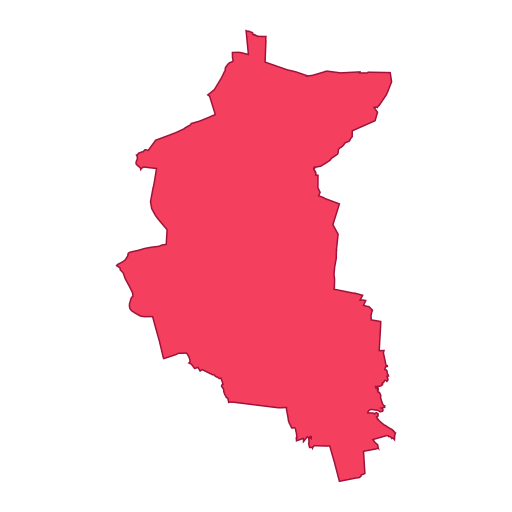 Querétaro, Querétaro, Mexico (Albers equal-area conic projection)
{"feature_id": "50627088B94741817456448", "entity_name": "Querétaro", "entity_type": "district", "adm_level": 2, "iso_a3": "MEX", "parent_name": "Mexico", "parent_adm1": "Querétaro", "projection": "albers", "projection_center": [-100.418, 20.726], "detail": "fine", "context": "isolated", "style": "filled", "palette": "rose", "viewbox_px": 512, "rotation_deg": 0, "n_neighbors": 0, "source": "geoboundaries", "source_scale": "gbopen_adm2", "svg_char_len": 5981}
<svg xmlns="http://www.w3.org/2000/svg" viewBox="0 0 512 512"><path d="M246.1,30.7L248.4,54.5L241.4,52.7L238.6,52.3L232.4,52.5L232.5,57.4L232.9,59.9L233.2,60.6L232.8,61.5L229.5,62.7L227.9,64.2L226.9,65.5L226.0,66.6L225.5,67.5L225.2,69.0L225.2,70.6L224.4,71.7L221.6,77.6L214.4,89.6L207.8,94.9L209.6,96.2L214.6,112.2L215.1,114.7L211.7,116.0L208.3,117.6L199.3,121.2L191.2,123.5L190.7,124.7L185.3,127.7L184.1,128.8L175.2,132.9L155.5,140.3L155.4,140.6L148.2,150.4L145.4,149.7L144.7,149.9L143.2,151.7L142.0,151.9L138.7,153.1L138.4,153.3L137.5,154.8L136.5,155.0L137.1,156.2L137.3,157.2L137.4,158.4L137.1,159.6L136.3,161.3L136.0,162.8L136.2,164.2L138.1,166.0L140.2,167.7L140.8,169.5L141.4,168.4L143.6,167.0L156.5,168.5L155.7,173.8L154.0,184.0L153.6,186.2L153.2,187.2L150.5,201.7L151.7,208.6L155.3,215.2L157.2,217.9L160.8,222.3L167.1,229.7L167.0,231.7L166.2,244.4L162.0,245.0L159.0,246.3L158.2,246.4L150.8,247.3L145.5,248.3L143.1,248.9L142.2,249.2L138.0,250.4L130.8,252.0L129.3,252.6L128.5,253.1L128.1,253.5L127.8,255.8L126.1,258.6L125.2,259.9L124.4,260.6L122.6,261.9L122.0,262.1L120.8,262.9L119.4,263.5L117.4,264.6L116.6,265.6L120.1,268.0L120.2,269.5L120.3,269.9L123.2,272.9L125.1,278.5L129.4,286.4L132.5,292.7L133.0,296.2L131.4,297.6L131.1,298.4L129.5,303.8L129.4,306.3L130.0,308.8L131.4,310.6L135.3,313.2L140.1,315.9L141.0,316.2L144.5,316.7L152.6,316.6L155.3,326.6L159.5,341.5L163.3,357.7L163.8,358.6L175.6,354.7L178.5,353.3L186.3,353.1L186.9,353.5L188.8,356.6L189.9,359.8L190.0,361.8L188.9,363.0L191.4,364.2L194.7,368.5L197.9,367.4L200.1,371.0L202.2,369.6L212.7,374.8L214.5,375.0L215.3,376.3L217.0,377.1L217.6,377.1L218.5,377.8L219.2,378.6L221.0,378.1L221.1,378.7L222.5,382.5L223.0,384.5L222.0,384.8L221.9,385.4L221.5,386.0L221.8,386.6L222.3,387.2L222.6,388.0L223.3,388.3L223.7,390.5L223.8,391.8L225.0,395.0L225.9,396.2L226.2,397.5L227.8,398.2L228.7,402.4L230.7,402.0L231.4,402.2L233.5,402.2L277.7,407.7L280.8,407.8L286.5,407.5L286.5,407.9L286.4,408.6L286.4,408.9L288.1,418.0L288.4,420.6L288.5,420.6L289.3,423.2L289.8,424.0L291.4,427.4L291.8,428.0L292.6,428.1L294.0,427.7L294.7,427.7L295.0,427.9L295.4,428.6L296.0,431.7L296.2,432.1L296.3,432.5L296.8,436.7L296.8,437.9L296.3,437.9L296.5,440.8L303.3,438.4L303.4,438.5L303.5,441.6L307.3,436.7L307.9,437.1L308.7,438.3L310.4,436.3L311.2,436.7L311.3,438.6L309.8,437.6L308.7,438.8L309.1,442.6L308.6,443.2L308.6,443.3L309.4,447.0L309.6,447.3L309.9,447.6L312.2,447.2L312.5,448.2L313.2,446.7L314.4,445.7L325.7,446.0L325.8,446.1L329.7,445.9L334.5,462.6L339.4,481.3L354.6,478.3L357.0,477.8L358.6,477.8L359.5,477.4L360.7,476.5L361.1,475.9L361.1,475.1L364.9,473.5L363.5,451.3L375.7,449.0L378.2,448.2L378.4,448.4L377.6,444.7L374.8,442.3L374.6,441.9L374.1,441.1L372.8,439.6L386.6,435.6L388.5,435.9L388.7,436.6L390.4,436.7L391.7,438.2L391.8,438.5L393.0,438.0L394.5,439.7L394.6,436.8L394.9,434.8L395.1,433.9L395.3,433.6L395.4,433.2L395.0,433.3L394.7,432.5L393.3,430.9L393.5,430.9L392.3,429.7L390.9,428.9L390.8,429.0L385.8,425.8L385.6,425.5L384.6,425.3L381.2,422.5L377.7,419.3L378.0,419.2L376.7,417.3L376.5,416.8L378.0,416.1L378.1,415.8L378.0,415.0L378.2,414.0L376.6,412.7L375.5,413.1L374.5,414.0L373.7,413.1L367.7,412.8L367.7,412.5L368.1,411.7L368.7,410.7L369.7,410.0L371.0,409.5L372.0,409.5L375.2,410.0L376.9,410.1L377.7,410.2L378.9,410.9L379.6,411.6L380.1,411.8L382.4,411.3L382.8,411.0L382.9,410.7L383.0,410.1L382.8,409.4L382.3,408.5L381.3,408.1L384.6,407.4L384.4,406.8L384.6,406.7L384.6,406.2L384.4,406.0L384.8,406.0L384.8,405.9L384.0,405.6L383.2,405.1L382.3,403.1L381.2,399.9L380.6,397.6L380.6,396.4L380.8,396.0L380.6,394.7L379.6,392.8L379.3,392.3L378.6,392.4L378.4,392.1L378.0,392.1L377.8,391.6L377.7,391.3L378.0,391.3L377.5,389.7L378.1,389.7L377.9,389.3L378.3,389.2L378.2,388.7L378.0,388.8L377.9,388.0L376.0,388.2L375.5,386.5L376.2,386.6L376.5,386.5L377.4,386.6L377.6,386.5L377.8,386.7L378.2,386.6L378.4,386.3L379.1,386.4L380.0,386.0L381.0,385.9L381.3,385.7L381.8,385.3L381.9,384.8L382.5,384.6L382.2,384.1L382.4,383.5L382.3,383.2L382.8,382.8L383.1,382.9L383.5,382.6L383.8,382.1L383.9,381.7L384.4,381.1L384.4,380.7L384.8,380.4L385.3,380.3L386.2,380.5L386.9,381.4L388.0,379.9L387.3,376.5L387.0,376.5L386.9,376.3L388.5,376.0L388.3,375.1L387.5,374.0L387.2,373.2L387.1,371.1L386.8,370.5L386.3,370.0L385.9,369.8L384.8,369.6L385.0,368.4L385.2,368.0L385.4,367.5L385.6,367.0L387.4,366.4L387.3,365.7L387.0,365.8L386.2,366.0L383.9,355.2L383.7,354.4L383.4,352.9L384.0,350.5L379.2,350.7L380.7,324.3L380.7,321.5L371.3,319.9L371.0,316.6L371.1,315.4L371.7,312.3L372.5,310.2L368.9,306.6L366.8,306.3L363.6,305.3L365.7,300.5L362.4,300.0L360.1,300.2L362.6,295.3L354.7,293.1L354.6,293.4L334.0,289.2L334.0,288.4L334.4,287.3L334.6,279.1L334.0,274.6L334.7,266.8L336.3,258.1L336.3,252.4L336.6,249.9L336.4,249.9L338.1,234.2L332.9,224.7L339.4,203.9L324.9,198.5L323.6,197.6L318.6,195.8L320.1,192.4L317.9,187.7L318.0,175.3L315.7,175.0L315.9,174.1L315.8,173.0L315.7,173.1L314.9,171.4L314.8,171.0L315.0,170.9L314.9,170.7L314.4,170.2L314.2,169.6L313.8,169.6L313.7,168.3L314.6,168.2L315.0,167.8L314.7,167.7L314.5,167.1L316.6,167.0L320.7,166.2L325.8,163.1L330.0,160.3L331.5,158.3L337.5,154.2L338.1,152.8L338.4,149.8L339.4,148.2L341.3,147.2L343.3,145.4L343.9,144.6L344.0,144.3L344.3,144.0L344.6,143.4L345.5,142.7L349.0,141.3L349.8,140.3L351.0,138.0L352.2,136.8L352.3,130.8L375.1,120.7L377.5,112.3L374.1,107.4L374.4,107.2L375.0,107.5L375.4,107.2L375.7,107.3L376.6,107.0L377.2,107.2L377.3,107.4L379.2,105.1L379.3,105.2L386.4,94.7L388.5,89.8L389.4,87.3L391.6,81.8L390.2,72.6L368.2,72.2L367.0,73.0L359.5,72.9L359.9,71.9L340.6,72.9L327.0,71.1L325.9,71.3L323.5,72.1L312.4,75.4L307.9,75.9L307.2,76.3L306.5,76.1L306.8,75.6L295.7,71.8L287.2,69.8L265.1,62.1L265.9,40.6L265.7,40.4L265.9,36.5L259.5,36.4L258.4,36.3L257.8,36.4L257.5,36.0L257.0,36.1L255.3,35.0L254.9,35.3L254.7,35.2L254.8,34.8L254.3,34.6L253.6,34.8L253.0,34.3L252.7,34.1L252.8,34.0L252.9,33.2L252.0,32.6L252.0,32.4L251.0,32.2L249.7,31.5L248.1,31.1L247.5,31.3L246.1,30.7Z" fill="#f43f5e" stroke="#9f1239" stroke-width="1.5"/></svg>